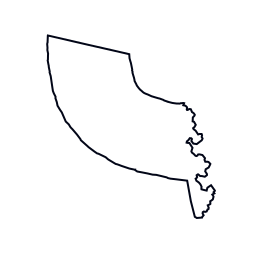 outline of Jarra East, Lower River, Gambia, rotated 103°
{"feature_id": "56634734B99377934241318", "entity_name": "Jarra East", "entity_type": "district", "adm_level": 2, "iso_a3": "GMB", "parent_name": "Gambia", "parent_adm1": "Lower River", "projection": "robinson", "projection_center": [-15.258, 13.452], "detail": "fine", "context": "isolated", "style": "outline", "palette": "ink", "viewbox_px": 256, "rotation_deg": 103, "n_neighbors": 0, "source": "geoboundaries", "source_scale": "gbopen_adm2", "svg_char_len": 2846}
<svg xmlns="http://www.w3.org/2000/svg" viewBox="0 0 256 256"><g transform="rotate(103 128 128)"><path d="M56.0,226.9L62.8,225.6L63.4,225.7L64.5,225.6L67.9,224.5L70.2,224.1L73.5,222.6L75.2,222.3L79.4,221.4L80.1,221.5L83.6,220.0L85.3,219.2L86.4,218.9L90.5,217.0L91.5,216.9L94.8,215.0L104.8,211.1L105.8,210.7L108.8,209.5L111.0,208.0L113.7,205.7L114.0,205.6L115.3,205.4L118.8,203.2L122.1,201.7L125.6,198.3L127.7,196.0L135.7,190.1L137.8,186.5L140.1,184.3L141.0,183.0L141.6,182.0L145.8,176.3L149.5,171.9L150.5,171.2L155.1,162.8L155.4,162.4L158.5,155.4L159.7,152.4L159.7,151.0L161.5,143.2L163.1,140.2L165.8,131.9L165.8,130.3L166.0,128.6L166.4,125.7L167.2,117.5L167.1,112.2L167.0,111.8L167.3,111.8L168.3,109.2L168.1,104.6L167.9,98.7L167.9,94.4L167.9,93.5L167.3,89.9L167.4,79.2L167.8,77.8L167.8,75.2L167.2,70.0L166.0,58.5L170.2,56.7L185.2,50.3L199.5,42.9L200.1,40.9L200.2,40.7L198.6,35.7L198.0,35.7L196.0,34.7L194.5,36.1L193.2,36.2L192.3,35.3L192.4,34.0L191.6,32.6L189.5,32.2L189.0,31.4L187.6,31.4L185.4,32.9L184.0,31.1L183.5,30.7L182.8,30.8L181.1,31.4L180.8,31.4L180.1,30.6L178.5,29.3L175.7,29.2L175.0,29.7L173.9,30.9L173.0,30.0L172.3,29.1L171.5,30.0L171.3,30.2L169.9,29.3L169.4,29.3L168.2,30.7L165.1,34.2L168.3,37.2L171.3,37.3L171.3,40.2L171.2,42.6L170.0,43.0L168.7,43.1L166.7,44.7L165.3,46.5L165.0,47.1L164.0,49.5L162.2,50.7L161.4,50.0L160.3,49.6L159.2,50.2L158.6,50.5L157.5,49.6L157.4,49.1L158.5,47.1L158.5,46.3L158.2,45.1L158.2,42.2L156.2,40.5L155.9,40.5L155.0,40.8L152.9,43.0L150.7,43.0L148.3,40.5L144.9,39.7L144.4,39.7L143.0,41.9L143.0,43.0L143.5,45.1L141.8,46.3L140.1,46.2L137.6,49.4L137.6,52.3L138.0,53.7L139.3,54.2L139.9,54.9L139.9,56.0L138.5,58.1L137.6,60.1L137.4,60.3L136.5,61.0L132.8,60.7L128.8,64.8L129.1,66.6L129.1,67.1L129.1,67.6L127.8,67.6L126.2,66.4L124.0,65.5L123.8,64.0L124.4,63.2L125.3,63.3L125.9,63.3L126.4,63.3L128.5,60.8L128.2,57.4L123.4,53.4L121.9,53.0L121.4,53.0L120.2,54.2L118.4,54.2L117.3,54.9L117.7,56.9L118.5,58.2L115.4,61.5L114.7,63.1L114.3,63.9L113.5,64.5L112.2,63.5L109.7,62.7L107.7,64.5L107.1,65.1L107.0,66.5L103.1,67.2L101.2,66.1L100.3,65.9L100.1,65.9L99.4,66.6L98.9,67.2L98.3,68.5L98.1,69.2L95.6,71.0L95.6,72.1L95.9,72.8L97.0,73.9L97.1,74.6L96.5,75.0L95.2,74.9L94.4,75.3L93.4,77.0L93.4,79.2L91.2,78.9L91.2,79.8L91.6,80.8L91.8,81.4L92.0,82.2L92.6,83.1L92.9,84.7L93.2,86.0L93.4,88.0L93.6,90.4L93.5,95.2L93.4,95.2L93.1,98.5L93.1,98.9L92.7,99.7L92.2,103.7L92.2,105.3L92.1,106.8L92.1,107.0L91.9,110.2L91.8,111.4L91.8,112.0L90.9,116.3L90.7,117.9L90.6,118.5L90.3,120.0L89.7,121.5L88.6,123.4L88.1,124.5L87.7,125.1L86.7,126.5L85.1,128.4L84.6,129.0L83.7,129.6L81.7,131.3L80.8,132.1L79.5,132.6L77.6,133.5L76.8,134.0L73.1,136.1L72.4,136.1L70.9,137.0L70.2,137.0L67.5,138.2L64.0,139.8L62.3,140.8L59.7,142.2L55.8,143.4L55.8,143.6L55.8,160.6L55.9,186.0L55.9,226.9L56.0,226.9Z" fill="none" stroke="#020617" stroke-width="2"/></g></svg>